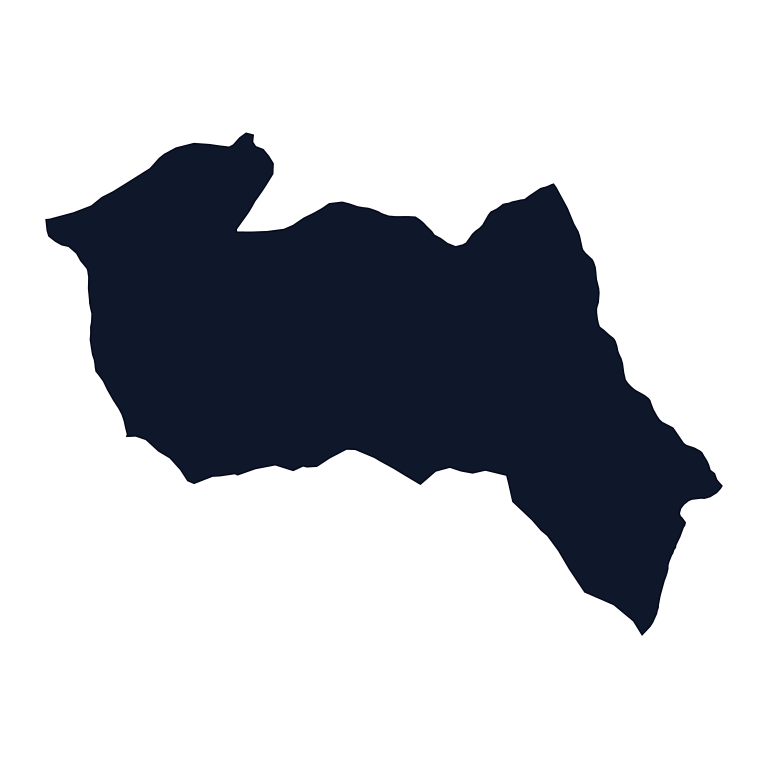 the district of Tomzhangtshen, Tashi Yangtse, Bhutan
{"feature_id": "84629894B58901780687554", "entity_name": "Tomzhangtshen", "entity_type": "district", "adm_level": 2, "iso_a3": "BTN", "parent_name": "Bhutan", "parent_adm1": "Tashi Yangtse", "projection": "natural_earth1", "projection_center": [91.515, 27.451], "detail": "fine", "context": "isolated", "style": "filled", "palette": "ink", "viewbox_px": 768, "rotation_deg": 0, "n_neighbors": 0, "source": "geoboundaries", "source_scale": "gbopen_adm2", "svg_char_len": 3522}
<svg xmlns="http://www.w3.org/2000/svg" viewBox="0 0 768 768"><path d="M642.1,634.7L649.9,626.4L652.6,622.2L656.5,613.5L657.0,610.8L657.7,608.9L658.2,607.2L658.2,605.3L659.6,597.5L660.0,595.7L660.6,593.3L664.1,580.6L665.8,576.1L666.9,572.6L667.4,570.4L667.8,568.5L667.8,565.1L669.0,561.0L670.3,557.9L671.3,555.2L672.5,553.4L673.7,549.7L675.3,547.6L675.8,544.8L679.9,536.3L680.5,534.6L683.2,527.3L684.6,525.2L685.2,522.6L683.4,520.1L682.0,518.2L680.2,516.4L679.2,513.4L680.6,508.3L683.7,504.3L688.4,500.5L691.7,499.1L701.0,498.0L704.5,498.2L707.3,497.4L710.2,496.5L716.6,492.5L720.4,488.3L721.9,485.9L720.7,484.6L718.6,482.3L716.5,479.6L715.5,476.7L714.4,473.7L710.0,470.3L709.4,468.0L708.4,464.8L706.9,461.4L705.4,458.9L703.6,456.1L701.8,452.8L699.8,451.2L694.3,448.2L686.4,445.6L683.5,443.6L672.9,428.1L663.8,423.4L662.2,422.6L659.2,419.9L656.5,415.9L653.0,409.5L650.7,403.4L649.8,400.7L648.6,399.0L647.3,397.9L644.5,395.7L635.2,390.5L633.2,389.0L629.8,385.9L627.3,383.1L625.2,380.0L623.6,373.1L622.4,363.9L621.8,361.7L620.9,358.7L618.8,354.3L617.6,351.0L616.7,346.2L615.1,341.4L613.5,338.8L609.0,335.2L606.1,332.6L603.5,330.2L601.0,328.4L599.2,326.9L598.1,323.3L597.2,319.1L596.4,312.6L596.4,308.7L596.9,306.5L598.2,302.3L598.9,293.0L598.5,288.4L596.3,279.5L595.6,271.8L595.1,267.4L593.5,262.6L592.2,259.9L585.2,253.4L582.6,250.0L581.9,247.9L579.7,237.6L579.2,235.5L577.8,231.5L573.8,224.4L568.0,210.4L567.3,208.7L564.5,203.4L559.2,193.7L556.1,187.9L553.5,184.2L551.7,184.8L547.9,186.5L546.1,187.2L540.7,188.6L535.5,192.1L529.1,196.4L524.8,199.7L520.8,200.2L517.0,201.1L511.9,202.2L509.1,203.4L505.3,204.0L503.2,204.5L500.4,206.7L496.6,209.4L491.0,212.1L488.6,215.2L482.9,225.2L480.0,228.2L475.6,231.4L472.6,234.3L466.4,243.1L463.0,245.0L455.6,246.9L449.4,244.4L447.3,243.6L444.1,241.2L440.7,238.7L434.1,235.2L431.5,231.5L427.5,227.6L426.2,226.3L423.2,223.1L419.5,220.0L415.3,217.2L408.1,216.8L395.9,216.9L388.7,216.3L383.6,214.6L380.9,213.5L378.2,211.9L373.7,210.2L370.1,209.0L367.8,208.4L362.5,207.8L357.5,206.9L349.0,204.0L342.2,202.3L329.3,203.8L322.4,208.6L313.9,213.4L304.0,218.2L293.3,225.5L284.1,229.5L267.3,231.7L251.4,232.3L236.5,232.2L236.2,229.1L245.9,215.6L248.5,211.9L251.8,206.4L254.9,200.8L257.7,197.0L262.3,190.4L265.8,185.0L272.7,173.8L273.1,163.6L268.6,156.3L263.1,149.6L255.5,146.7L252.5,142.0L253.2,135.1L246.1,133.3L239.9,137.8L233.5,145.0L229.2,147.3L219.3,146.1L209.6,144.7L193.9,143.6L176.1,148.1L164.4,154.4L159.3,158.5L154.2,164.3L150.0,168.9L144.5,172.3L124.0,185.2L113.2,191.9L102.0,197.6L91.5,206.1L73.5,213.0L49.7,219.4L46.1,219.7L47.3,230.7L48.9,236.0L55.4,241.1L61.7,244.7L68.8,246.3L76.7,253.2L80.8,260.6L87.2,268.4L87.9,270.5L88.9,277.2L88.6,288.5L89.7,300.0L89.8,303.0L91.0,309.1L92.1,313.5L91.8,321.7L90.8,327.1L90.9,333.4L90.4,339.7L91.8,349.0L92.7,354.6L94.5,359.9L95.2,364.4L95.4,367.0L96.1,371.2L98.7,374.4L103.5,381.0L107.6,389.5L113.7,400.2L119.1,408.5L122.2,414.4L124.4,421.1L125.9,428.1L127.5,434.2L126.9,436.3L135.7,435.9L146.0,439.4L158.7,451.0L170.1,457.8L180.6,469.5L187.8,480.6L194.1,483.3L212.3,476.1L220.0,475.7L235.1,473.5L237.5,474.8L255.4,468.5L275.3,464.7L293.2,470.4L303.1,465.8L306.9,466.8L316.8,466.2L329.5,457.8L346.4,449.0L355.4,449.3L374.7,457.4L380.0,460.6L394.1,468.3L405.2,475.1L420.4,484.1L435.5,471.0L449.9,467.1L461.1,470.8L472.6,472.9L485.4,470.0L506.8,475.2L508.9,483.6L512.9,501.5L532.3,519.8L541.3,530.2L547.6,535.5L558.7,550.6L569.3,568.6L584.8,591.9L614.0,604.6L633.7,621.0L642.1,634.7Z" fill="#0f172a" stroke="#020617" stroke-width="1.5"/></svg>